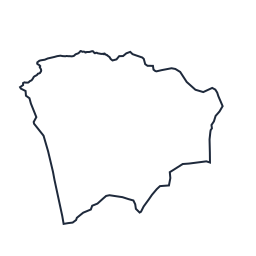 outline of Lom-Et-Djerem, Est, Cameroon, rotated 258°
{"feature_id": "32672807B76674513300734", "entity_name": "Lom-Et-Djerem", "entity_type": "district", "adm_level": 2, "iso_a3": "CMR", "parent_name": "Cameroon", "parent_adm1": "Est", "projection": "natural_earth1", "projection_center": [14.12, 5.232], "detail": "fine", "context": "isolated", "style": "outline", "palette": "slate", "viewbox_px": 256, "rotation_deg": 258, "n_neighbors": 0, "source": "geoboundaries", "source_scale": "gbopen_adm2", "svg_char_len": 2213}
<svg xmlns="http://www.w3.org/2000/svg" viewBox="0 0 256 256"><g transform="rotate(258 128 128)"><path d="M47.6,45.1L47.4,49.8L47.0,54.2L48.8,58.1L50.8,59.3L54.5,66.6L56.0,74.7L59.4,76.8L60.4,82.4L64.3,89.2L66.1,92.5L66.1,95.9L61.5,108.2L58.4,113.6L56.0,118.2L51.9,119.2L47.3,118.9L42.9,121.8L43.4,123.3L48.0,127.0L54.1,133.8L57.7,137.6L62.2,143.4L64.5,147.2L64.0,151.0L63.3,156.1L70.2,159.0L76.1,159.7L81.4,174.0L80.6,179.7L80.5,180.6L79.1,197.7L77.2,201.0L86.6,202.9L99.9,205.4L106.9,207.7L108.7,208.4L110.2,210.0L113.6,210.3L116.6,213.4L121.6,216.2L125.2,221.0L129.7,225.1L134.3,224.2L140.3,223.0L144.1,222.6L147.4,221.4L149.7,218.7L147.5,209.1L151.4,201.9L160.8,195.0L172.0,190.7L175.9,186.6L177.4,183.0L177.6,172.8L177.5,167.6L178.1,166.5L179.8,165.1L183.6,165.3L184.8,160.0L186.9,158.1L192.3,157.8L194.0,156.6L197.4,150.9L199.3,147.8L202.0,146.0L201.4,141.9L199.4,138.1L200.1,134.3L197.5,131.0L197.3,126.9L199.1,125.4L201.2,124.7L203.2,122.9L203.4,122.9L203.6,122.8L204.0,122.0L204.3,121.8L204.7,121.1L205.6,120.7L205.8,120.3L205.8,120.1L205.3,119.7L205.4,119.2L205.8,118.7L205.9,117.7L206.2,116.8L207.4,113.9L208.1,113.1L208.2,111.8L208.0,111.3L208.1,111.0L208.5,110.8L209.1,110.2L209.8,110.1L210.4,109.6L210.6,108.7L210.4,106.4L210.4,105.7L210.9,103.7L210.9,103.1L210.6,102.4L210.8,101.9L211.2,101.8L211.6,101.3L212.0,100.2L212.0,99.3L213.1,97.9L213.1,97.5L211.9,95.9L211.3,94.5L211.1,92.6L210.8,91.7L209.9,90.3L209.7,89.1L209.8,87.8L210.0,87.1L210.4,85.9L210.5,85.1L210.8,84.1L211.2,82.9L211.2,81.6L211.9,79.1L212.8,76.9L213.0,73.6L212.8,70.7L212.8,70.3L212.7,63.9L212.1,60.8L212.2,59.1L212.3,57.0L212.3,56.4L212.2,55.3L211.1,53.0L210.2,52.6L209.4,52.7L207.9,54.3L207.5,54.6L206.8,55.0L206.0,54.3L203.4,55.1L202.1,55.0L201.7,54.7L201.3,54.6L200.8,53.9L200.1,53.3L199.9,52.5L199.8,51.1L199.4,50.7L199.0,50.3L198.6,49.5L198.0,47.3L197.5,46.4L196.0,45.1L194.7,43.6L194.2,41.6L193.4,40.4L193.2,39.7L193.3,39.2L193.6,37.6L193.7,37.3L194.2,36.1L193.7,34.9L193.7,34.7L191.8,34.3L190.4,30.9L188.8,31.4L185.5,35.5L180.8,34.9L177.6,37.8L172.1,38.1L157.7,40.6L153.5,37.0L151.7,37.0L146.3,39.7L138.0,43.8L121.9,45.0L100.7,45.5L92.4,45.3L55.5,45.4L47.6,45.1Z" fill="none" stroke="#1e293b" stroke-width="2"/></g></svg>